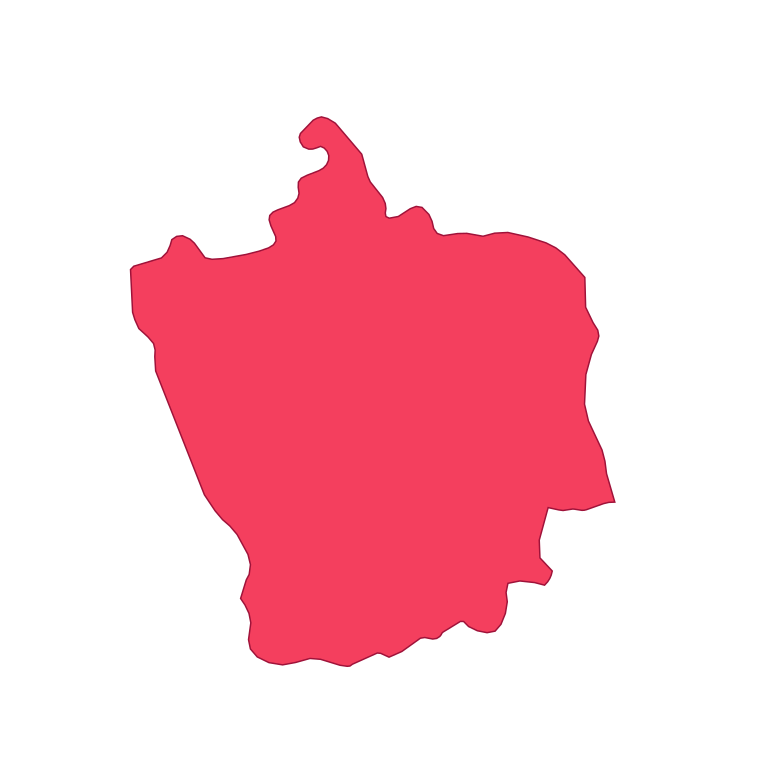 outline of Braila, rotated 67°
{"feature_id": "ROU-313", "entity_name": "Braila", "entity_type": "County", "adm_level": 1, "iso_a3": "ROU", "parent_name": "Romania", "parent_adm1": "", "projection": "natural_earth1", "projection_center": [27.608, 45.126], "detail": "fine", "context": "isolated", "style": "filled", "palette": "rose", "viewbox_px": 768, "rotation_deg": 67, "n_neighbors": 0, "source": "natural_earth", "source_scale": "10m", "svg_char_len": 2198}
<svg xmlns="http://www.w3.org/2000/svg" viewBox="0 0 768 768"><g transform="rotate(67 384 384)"><path d="M288.4,223.2L292.9,210.8L305.0,193.9L317.4,179.7L325.9,172.6L335.7,167.1L364.4,157.5L392.1,168.4L409.1,167.6L418.0,166.2L423.8,167.5L428.1,170.9L437.8,181.5L454.2,194.5L480.9,207.3L498.0,210.3L530.0,209.1L541.4,210.8L553.5,214.2L582.9,217.7L580.8,223.3L579.9,228.6L578.8,246.8L578.4,249.1L577.6,251.2L573.5,257.8L572.8,259.2L570.4,268.6L568.2,272.3L561.9,281.2L588.4,302.1L605.0,308.4L621.9,302.2L625.2,304.7L627.8,307.4L630.0,310.6L631.9,314.8L625.6,323.0L618.4,335.9L615.9,347.8L623.6,353.1L632.6,355.6L642.6,361.9L650.9,370.2L654.9,378.3L653.2,386.3L647.6,394.5L640.3,400.9L633.7,403.5L632.4,406.4L635.4,426.5L636.0,428.1L637.1,429.3L638.2,431.3L638.8,434.9L637.8,438.8L633.3,445.5L632.2,449.8L637.2,472.1L637.4,486.1L630.6,492.3L629.0,495.3L629.6,522.6L630.3,525.5L629.5,528.1L625.7,534.4L612.6,550.0L607.7,559.4L605.8,574.2L602.9,587.1L595.5,598.8L585.7,607.3L575.7,610.5L566.4,608.6L551.8,599.9L542.4,597.9L533.1,598.3L525.4,599.8L510.5,587.3L506.6,582.5L498.1,577.5L487.7,575.8L465.2,578.0L454.4,581.4L445.8,585.6L434.8,589.0L415.8,592.6L282.8,589.1L269.3,584.3L263.3,581.4L256.7,580.3L248.4,582.9L237.2,588.0L227.5,588.2L219.8,587.4L179.6,572.6L177.8,568.3L181.0,539.6L178.0,532.2L172.9,526.7L168.2,522.9L167.1,517.2L168.8,511.5L175.0,505.9L180.3,503.5L197.9,499.4L202.0,493.6L205.7,483.1L210.9,460.2L212.9,447.1L213.6,437.1L212.7,431.4L210.2,427.6L206.0,426.1L194.2,426.3L188.0,425.6L184.2,423.3L182.4,419.0L182.2,413.7L182.8,401.5L182.1,395.5L179.2,390.7L175.3,387.7L169.4,386.1L164.7,383.9L162.2,379.8L161.8,373.1L162.2,360.7L161.6,355.6L159.7,351.2L156.5,347.7L152.2,345.6L147.7,345.4L143.5,346.8L140.5,349.5L140.3,353.9L139.9,357.8L138.4,361.5L134.2,365.6L128.4,366.5L123.7,365.6L120.7,363.0L113.5,346.1L113.1,341.6L113.7,337.2L117.7,332.1L124.9,326.9L163.8,314.7L186.6,317.8L192.6,317.7L211.8,312.4L218.3,312.3L223.3,313.7L227.1,316.0L230.6,316.8L233.4,314.4L235.4,305.4L232.9,291.3L233.1,285.0L236.3,280.0L245.5,276.4L253.0,276.2L260.3,277.5L266.2,276.2L270.7,271.3L274.3,257.4L277.7,248.9L286.7,235.1L288.4,223.2Z" fill="#f43f5e" stroke="#9f1239" stroke-width="1.5"/></g></svg>